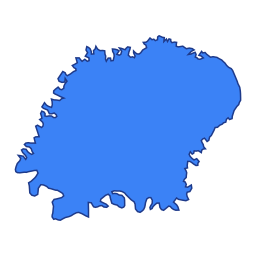 outline of Campina da Lagoa, Paraná, Brazil
{"feature_id": "56859067B30898784628481", "entity_name": "Campina da Lagoa", "entity_type": "district", "adm_level": 2, "iso_a3": "BRA", "parent_name": "Brazil", "parent_adm1": "Paraná", "projection": "mercator", "projection_center": [-52.806, -24.618], "detail": "fine", "context": "isolated", "style": "filled", "palette": "blue", "viewbox_px": 256, "rotation_deg": 0, "n_neighbors": 0, "source": "geoboundaries", "source_scale": "gbopen_adm2", "svg_char_len": 5184}
<svg xmlns="http://www.w3.org/2000/svg" viewBox="0 0 256 256"><path d="M178.9,210.1L177.9,206.9L176.6,204.8L173.5,202.1L176.6,198.0L178.3,199.3L180.8,199.8L182.8,200.2L185.9,200.7L188.6,199.5L187.1,196.4L186.6,194.0L187.2,192.2L189.9,191.5L191.8,188.2L191.3,185.0L187.6,187.2L185.5,186.8L186.3,184.4L185.1,181.9L183.5,181.4L184.3,179.4L186.2,177.5L186.4,174.9L186.7,172.7L186.1,170.9L184.8,168.5L187.5,167.9L187.2,165.7L187.7,161.4L189.9,161.4L191.7,162.5L193.6,164.0L196.0,165.5L197.8,165.3L197.9,163.2L199.1,161.5L196.7,158.7L194.0,159.9L192.3,158.7L190.2,156.5L189.1,154.3L190.3,151.8L192.2,154.1L193.7,153.2L194.2,150.9L196.1,151.1L198.3,150.7L201.3,152.6L201.7,150.2L203.3,149.0L205.4,148.8L203.7,146.8L203.2,144.5L202.0,142.4L201.3,140.6L202.7,139.0L204.5,138.2L205.9,139.9L207.1,141.5L208.8,140.3L209.6,137.1L211.3,135.5L212.6,133.0L214.0,130.3L215.1,127.5L217.5,127.3L219.8,125.2L222.3,124.1L223.5,122.8L225.8,122.1L226.4,119.4L228.1,117.8L229.5,119.5L232.1,118.6L232.3,116.2L234.1,110.5L236.9,106.4L238.7,104.6L239.4,102.3L240.6,100.3L240.6,97.9L240.5,93.7L240.3,90.9L239.7,87.2L237.8,83.4L237.3,81.6L235.4,77.0L232.6,70.4L231.2,68.6L228.6,67.3L226.6,65.4L224.9,63.0L223.3,61.6L221.7,60.0L219.0,58.6L217.0,57.4L213.0,56.7L210.5,57.2L206.6,54.2L205.1,52.5L202.7,52.9L201.6,51.4L198.9,55.3L201.0,55.9L203.3,57.9L200.0,59.3L198.1,59.0L196.9,57.7L195.3,57.1L196.1,54.4L195.1,52.3L192.8,53.2L191.1,54.0L188.3,54.5L189.6,53.1L191.4,51.3L194.1,49.9L192.2,48.6L189.3,48.1L186.3,48.7L182.8,46.2L180.8,46.5L178.4,46.9L176.3,46.3L176.3,44.3L176.6,42.4L174.5,42.1L171.9,42.6L170.8,41.3L170.7,39.4L169.0,38.9L167.5,41.5L166.4,39.0L163.9,41.5L164.3,37.6L162.4,37.3L160.7,36.5L159.1,35.8L157.7,36.9L157.5,39.7L155.3,40.6L153.8,39.2L152.0,39.7L150.0,38.0L147.5,41.2L146.0,42.2L143.3,42.4L144.3,44.1L145.9,45.1L146.6,47.7L142.7,50.0L140.8,52.7L139.1,54.0L137.0,53.9L135.4,52.8L133.6,51.0L133.6,52.8L135.1,56.1L134.4,57.7L132.6,56.8L130.6,57.3L128.3,55.2L128.9,51.9L129.8,49.7L130.3,47.4L127.7,46.9L126.2,48.2L125.1,49.7L121.4,48.4L119.4,48.0L121.7,51.3L120.8,54.3L119.3,55.2L116.8,54.3L119.1,50.9L117.3,49.8L114.9,49.2L112.4,49.0L112.7,51.5L113.9,53.7L114.2,56.1L113.2,60.5L111.0,60.8L110.5,58.1L108.2,58.1L106.3,61.2L105.5,59.2L105.7,56.0L105.0,54.3L104.7,50.8L102.7,50.5L99.9,50.6L97.5,49.0L95.9,46.3L95.2,48.9L93.5,50.6L93.8,53.9L91.4,54.1L91.2,51.3L90.1,48.8L88.6,47.5L86.8,46.6L86.0,50.0L87.6,52.7L85.3,56.2L88.9,57.9L89.1,60.6L87.3,61.3L84.8,59.3L82.1,61.3L80.8,60.0L79.2,57.9L75.9,57.9L76.6,60.3L77.3,62.7L75.1,64.1L72.3,65.5L74.0,67.7L75.8,68.7L76.0,70.5L73.5,71.6L70.5,73.9L67.3,75.7L65.9,74.6L65.2,72.8L62.8,71.5L61.0,74.2L58.0,78.7L59.1,81.3L62.0,82.4L64.9,82.0L65.2,78.4L67.0,81.2L64.8,84.1L63.9,86.2L63.8,88.2L61.8,89.7L60.1,89.3L58.1,87.1L55.3,89.3L53.7,90.9L53.6,93.0L55.0,94.0L57.3,95.0L60.2,96.5L63.8,98.1L61.6,98.7L59.7,100.5L56.3,100.0L54.1,99.9L51.5,99.1L52.1,101.5L52.3,104.8L51.5,107.4L48.5,106.4L46.4,105.1L44.5,102.7L43.2,104.9L41.9,106.9L43.4,108.3L47.6,110.0L49.4,113.8L51.8,113.8L54.2,113.0L56.2,114.7L56.8,116.4L55.4,117.6L53.7,117.6L51.5,116.0L49.0,115.9L46.7,116.4L44.9,115.9L45.1,113.7L44.1,112.1L41.8,111.1L40.6,113.6L41.4,115.9L41.9,118.3L39.7,119.5L42.5,122.1L43.3,123.9L43.0,126.0L41.6,127.5L39.2,126.2L37.5,125.2L35.7,126.2L37.9,132.8L39.1,136.7L35.6,136.9L34.1,137.8L34.5,139.6L35.4,143.1L30.7,143.1L28.3,142.7L25.8,143.1L24.4,144.5L26.3,146.5L29.4,147.0L31.2,148.7L32.2,151.6L33.5,153.4L31.7,154.4L29.6,153.3L27.7,151.7L26.1,149.3L23.2,148.9L21.5,150.0L22.7,152.5L25.6,155.6L26.7,157.7L25.7,159.4L24.4,157.9L23.4,156.3L20.7,155.7L18.3,155.4L20.7,158.4L20.0,160.5L17.3,163.5L16.1,166.6L15.4,169.4L15.8,171.6L17.3,172.6L19.9,172.8L24.4,172.2L26.4,172.3L28.4,171.7L32.4,170.9L34.1,170.5L36.8,170.3L38.0,173.1L35.9,176.6L34.7,178.0L31.1,181.3L28.6,182.8L29.3,185.8L29.8,192.9L31.8,195.2L34.7,196.0L37.7,194.4L38.1,191.2L38.3,188.3L40.8,184.7L43.3,184.9L45.2,185.7L46.8,186.5L48.6,188.2L50.9,188.7L55.4,190.1L57.5,190.3L61.1,192.4L62.8,193.6L63.7,195.9L61.7,197.6L56.3,199.0L54.1,199.4L52.2,202.1L53.5,206.2L52.8,213.1L52.2,215.0L52.1,216.9L53.7,219.3L55.5,218.8L58.2,219.9L60.4,220.2L62.8,218.8L65.4,217.5L69.0,216.6L71.4,215.6L73.5,214.2L76.5,212.7L78.7,212.4L82.0,213.7L85.9,215.9L88.5,217.0L88.5,210.4L88.3,202.4L91.3,202.8L92.3,204.7L93.6,206.8L95.4,207.3L97.7,206.8L99.7,205.8L102.0,205.6L103.8,207.0L106.7,207.3L108.2,206.1L106.2,204.2L103.2,202.8L100.4,201.4L100.8,199.2L105.6,195.3L108.2,194.2L110.0,195.9L110.3,197.9L111.8,203.2L114.0,204.3L117.2,205.1L119.1,206.8L121.8,207.9L123.7,207.1L124.7,205.6L124.6,200.2L124.3,197.9L121.9,195.3L119.1,195.0L116.9,193.7L114.9,193.4L112.6,193.6L111.8,191.7L114.2,190.8L117.2,191.0L119.7,191.0L122.0,191.5L124.7,193.0L126.0,194.7L131.2,199.8L132.6,200.8L134.0,201.7L135.1,204.1L135.5,209.0L137.6,211.6L140.1,212.3L141.7,211.3L143.5,209.7L144.6,207.5L145.1,205.4L145.5,202.7L146.8,198.9L148.8,197.6L150.8,197.6L152.3,200.2L152.2,203.4L150.7,205.8L149.9,207.5L150.4,209.4L152.1,208.5L153.0,206.6L155.0,204.6L156.9,203.1L159.2,203.1L160.0,207.5L161.5,209.6L163.6,210.3L165.0,209.2L168.7,206.1L170.3,206.5L171.8,208.2L173.5,209.4L175.7,210.2L178.9,210.1Z" fill="#3b82f6" stroke="#1e3a8a" stroke-width="1.5"/></svg>